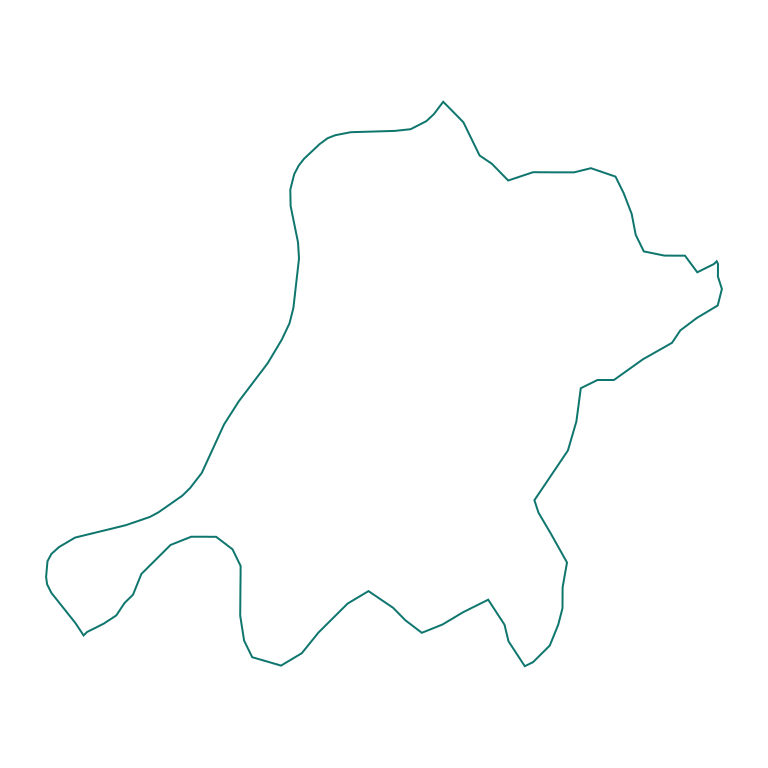 outline of Phangyo, Kangwŏn-do, North Korea
{"feature_id": "82179303B47367102754155", "entity_name": "Phangyo", "entity_type": "district", "adm_level": 2, "iso_a3": "PRK", "parent_name": "North Korea", "parent_adm1": "Kangwŏn-do", "projection": "robinson", "projection_center": [126.949, 38.743], "detail": "fine", "context": "isolated", "style": "outline", "palette": "teal", "viewbox_px": 768, "rotation_deg": 0, "n_neighbors": 0, "source": "geoboundaries", "source_scale": "gbopen_adm2", "svg_char_len": 1520}
<svg xmlns="http://www.w3.org/2000/svg" viewBox="0 0 768 768"><path d="M524.8,666.2L533.1,662.1L549.8,645.5L558.2,624.8L562.5,608.2L562.6,587.4L567.0,562.5L550.7,533.4L538.5,512.7L534.4,500.2L551.2,475.3L567.9,450.5L576.4,421.4L580.8,388.2L597.4,380.0L613.9,380.0L642.9,359.3L672.0,342.8L680.3,330.4L696.9,317.9L717.7,305.5L721.9,289.0L717.9,276.5L718.0,264.0L716.7,261.3L713.9,264.0L697.3,272.3L685.0,255.7L664.4,255.6L643.8,251.4L635.7,234.8L631.7,214.0L623.7,193.2L615.5,176.6L590.9,168.2L574.3,172.3L557.8,172.3L549.6,172.3L533.1,172.2L508.2,180.5L491.9,163.8L479.6,155.5L471.5,138.9L463.4,122.3L455.2,113.9L447.0,105.6L443.2,101.8L433.8,114.2L426.4,121.1L410.6,129.2L394.8,130.9L350.8,132.2L335.3,135.2L327.6,138.2L319.5,144.2L304.0,158.8L298.7,165.6L294.2,174.2L290.3,189.6L290.6,205.9L298.0,242.3L299.0,258.6L296.8,277.9L293.4,307.9L289.5,323.3L281.8,339.6L267.7,363.2L238.8,401.3L224.0,424.5L201.8,472.9L190.2,487.9L182.4,495.6L158.5,512.3L149.7,517.0L125.7,525.2L75.0,537.6L59.1,547.0L51.4,553.9L47.5,561.2L47.1,565.4L46.1,577.0L47.1,584.3L51.4,592.9L75.3,622.9L83.6,635.4L87.2,631.9L103.8,623.6L116.3,615.4L124.6,602.9L133.0,594.7L141.4,573.9L149.8,565.6L170.6,544.9L191.3,536.7L216.1,536.8L232.5,549.3L240.6,565.9L240.6,574.2L240.4,590.8L240.2,615.7L244.1,640.6L252.2,657.2L281.0,665.6L301.8,653.2L318.5,632.5L335.2,615.9L347.7,603.5L368.5,591.1L393.1,607.8L405.4,620.3L421.8,632.8L442.5,624.5L463.3,612.1L488.2,599.7L504.5,624.7L508.5,641.3L524.8,666.2Z" fill="none" stroke="#0f766e" stroke-width="2"/></svg>